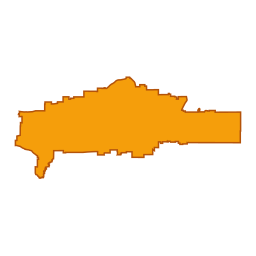 Cranbrook, Western Australia, Australia (Mercator projection)
{"feature_id": "25037944B20309273511019", "entity_name": "Cranbrook", "entity_type": "district", "adm_level": 2, "iso_a3": "AUS", "parent_name": "Australia", "parent_adm1": "Western Australia", "projection": "mercator", "projection_center": [117.133, -34.334], "detail": "fine", "context": "isolated", "style": "filled", "palette": "amber", "viewbox_px": 256, "rotation_deg": 0, "n_neighbors": 0, "source": "geoboundaries", "source_scale": "gbopen_adm2", "svg_char_len": 4996}
<svg xmlns="http://www.w3.org/2000/svg" viewBox="0 0 256 256"><path d="M19.4,111.4L19.5,111.7L19.6,112.4L19.5,112.9L19.3,113.5L18.7,113.5L18.6,114.0L18.5,114.4L19.2,114.4L19.1,114.8L19.4,116.1L19.2,116.6L20.7,116.6L21.9,116.4L22.0,116.5L22.0,122.8L20.5,122.6L20.5,125.9L20.5,126.0L20.3,126.0L20.2,135.3L16.9,136.1L16.9,140.4L15.4,140.4L15.4,145.5L16.3,145.4L20.5,146.5L21.0,147.0L22.8,148.1L23.7,148.4L24.6,148.9L25.2,149.1L25.2,149.3L25.9,149.4L27.3,149.7L28.5,149.8L29.9,150.3L31.5,150.7L31.9,151.1L32.6,152.1L34.0,153.4L35.5,154.4L36.1,155.0L36.6,155.3L37.1,155.7L37.4,155.7L37.4,157.4L38.4,157.4L38.5,159.3L37.4,159.3L37.4,166.9L35.3,166.8L35.3,173.0L35.7,174.3L35.8,174.4L36.0,174.6L36.6,174.7L37.0,174.9L37.3,175.2L37.7,175.7L38.0,176.3L38.4,176.4L38.7,176.8L39.0,177.4L39.1,177.6L39.2,177.8L39.5,177.9L39.6,178.1L39.6,178.6L39.6,178.8L39.6,178.7L40.0,177.7L40.4,178.0L40.6,178.0L40.9,178.1L41.0,178.0L41.1,177.9L41.1,177.7L41.2,177.4L41.4,177.4L41.6,177.4L41.8,177.4L42.0,177.4L42.5,177.5L42.8,177.7L43.2,177.7L43.3,177.6L43.2,177.4L43.2,177.2L42.8,177.1L42.7,176.9L43.0,176.8L43.1,176.7L43.3,176.8L43.5,176.8L43.7,176.7L43.7,176.2L43.7,175.9L43.6,175.3L43.7,175.2L43.6,174.9L43.5,174.5L43.5,174.3L43.6,173.7L43.7,173.4L43.9,173.2L44.1,173.3L44.3,173.4L44.5,173.5L44.6,173.1L44.5,172.5L44.5,172.3L44.5,172.0L44.5,171.9L44.3,171.7L43.7,171.7L43.7,171.2L43.8,171.0L44.0,171.0L44.2,170.9L44.7,171.0L45.2,171.0L45.3,170.9L45.4,170.7L45.2,169.8L45.0,169.4L45.0,169.2L45.2,168.9L45.4,168.9L45.5,168.9L45.9,169.1L46.1,169.0L46.4,169.1L46.5,169.0L46.5,168.9L46.3,168.6L46.2,168.7L46.0,168.8L45.9,168.7L45.9,168.4L45.8,168.2L46.0,167.8L45.9,167.8L45.5,167.7L45.4,167.7L45.5,167.3L46.0,167.1L46.3,167.1L46.6,167.0L47.1,166.9L47.5,166.8L47.8,166.6L48.3,166.5L48.4,166.4L48.5,166.3L48.7,166.5L48.9,166.7L49.0,166.7L49.0,166.4L49.0,166.2L48.9,166.0L48.9,165.9L49.0,165.8L49.3,165.5L49.4,165.3L49.4,164.9L49.1,164.6L48.9,164.5L48.7,164.6L48.4,164.4L48.3,164.2L48.2,163.7L48.3,163.5L48.6,163.6L48.8,163.7L48.9,163.2L49.0,162.9L49.4,162.9L49.7,163.0L49.8,162.9L49.9,162.6L49.8,162.3L50.0,162.2L50.5,162.3L50.6,162.2L51.4,161.7L51.5,161.7L51.6,161.9L51.8,161.9L52.3,160.6L52.0,160.4L51.9,160.3L51.8,160.1L51.9,159.9L52.1,159.7L52.5,159.5L52.6,159.2L53.0,158.8L53.4,158.8L53.5,158.8L53.6,156.9L53.7,150.7L53.8,150.7L63.3,150.6L63.3,152.8L65.6,152.8L65.6,152.4L82.8,152.4L87.1,152.0L92.2,151.7L95.0,151.6L97.6,151.6L97.6,154.9L104.1,154.9L104.0,154.6L104.2,154.1L104.2,153.1L104.6,152.9L110.1,152.9L110.1,149.9L117.2,149.9L117.2,151.3L117.2,151.7L117.5,151.9L117.5,154.2L117.5,154.5L117.3,154.8L120.8,154.8L120.9,154.5L121.0,154.3L120.7,154.2L120.5,153.8L120.6,153.5L120.5,153.3L121.1,153.1L121.4,153.1L121.7,153.0L121.7,152.7L126.4,152.7L126.4,151.7L132.0,151.8L132.0,157.3L143.9,157.4L143.9,154.6L148.1,154.6L152.7,154.5L152.7,149.4L154.4,150.6L154.4,147.5L158.5,147.6L158.5,141.9L160.6,141.9L160.6,143.3L162.6,143.3L162.6,141.8L166.8,141.8L167.0,141.5L167.1,141.9L168.2,141.9L168.2,141.3L170.2,141.3L170.5,142.1L175.3,142.1L175.3,141.5L178.4,141.5L178.4,143.2L179.9,143.2L179.9,144.4L182.7,144.4L182.7,143.9L187.2,143.9L187.2,142.8L187.2,142.7L187.4,142.8L187.6,142.7L187.8,142.6L188.1,142.6L188.4,142.5L188.5,142.6L188.9,142.6L190.1,142.6L240.3,142.7L240.3,131.0L240.6,131.0L240.6,112.1L215.2,112.2L215.2,110.5L209.3,110.5L209.3,111.0L207.6,111.0L207.6,110.8L207.2,110.7L206.6,110.6L206.0,110.6L205.8,110.6L205.6,110.6L205.4,110.6L204.9,111.1L204.5,111.9L199.1,111.9L199.4,111.2L199.7,110.4L199.8,109.3L199.6,108.7L199.2,108.5L198.7,108.9L198.7,109.0L198.0,110.0L197.9,110.8L198.0,111.1L198.0,111.4L197.9,112.1L185.3,112.1L185.3,111.0L183.9,111.0L183.5,111.2L183.2,111.0L183.1,110.8L183.1,110.2L181.7,110.2L181.7,109.8L181.8,109.5L182.6,108.0L182.9,107.2L183.0,107.1L185.0,103.2L186.7,100.8L186.8,100.6L186.9,100.4L187.0,100.0L187.0,99.7L186.4,96.6L182.9,96.6L178.3,96.7L178.3,99.1L176.5,99.1L176.7,98.3L176.6,97.2L175.8,96.8L174.7,96.8L174.7,96.3L170.6,96.3L170.6,94.2L169.2,94.2L169.2,93.5L168.4,93.5L168.3,94.6L163.2,94.6L158.4,94.7L158.4,89.7L153.9,89.7L153.3,89.8L146.6,89.8L146.5,86.1L144.8,86.1L144.8,84.7L139.8,84.7L139.8,86.7L135.7,86.7L135.7,86.4L134.8,82.7L134.2,81.7L133.4,80.9L131.8,79.3L130.8,78.3L130.0,78.3L129.7,77.8L130.0,77.6L129.7,77.2L126.2,77.2L126.2,78.3L126.0,78.6L124.1,79.2L120.3,79.9L118.7,79.9L117.6,80.1L116.2,80.7L114.3,82.5L112.5,83.7L112.2,83.7L111.9,83.9L110.8,84.6L110.2,85.2L109.7,85.5L108.9,86.5L106.6,88.4L105.1,88.4L105.1,87.8L104.1,87.8L104.1,88.4L102.0,88.4L102.0,88.2L97.5,88.2L97.5,91.5L96.8,91.5L96.8,91.3L88.9,91.3L88.9,91.2L83.9,91.2L83.9,96.9L73.8,96.9L73.8,98.3L70.7,98.3L70.7,98.7L70.6,99.2L68.9,99.2L68.9,96.8L63.1,96.8L63.1,101.9L57.5,101.9L57.5,102.4L57.3,102.7L57.5,103.0L57.5,103.4L55.7,103.6L54.5,103.8L53.9,103.9L52.3,103.9L51.4,103.9L51.4,102.0L45.0,102.0L45.0,104.1L44.7,104.1L44.7,110.8L35.6,110.8L32.4,111.7L27.5,112.0L26.3,111.9L23.7,112.0L23.5,111.9L22.4,111.8L22.0,111.8L19.4,111.4Z" fill="#f59e0b" stroke="#b45309" stroke-width="1.5"/></svg>